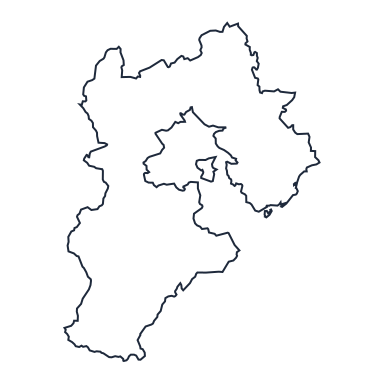 Hebei, Mercator projection
{"feature_id": "CHN-1811", "entity_name": "Hebei", "entity_type": "Province", "adm_level": 1, "iso_a3": "CHN", "parent_name": "China", "parent_adm1": "", "projection": "mercator", "projection_center": [116.359, 39.339], "detail": "fine", "context": "isolated", "style": "outline", "palette": "slate", "viewbox_px": 384, "rotation_deg": 0, "n_neighbors": 0, "source": "natural_earth", "source_scale": "10m", "svg_char_len": 5921}
<svg xmlns="http://www.w3.org/2000/svg" viewBox="0 0 384 384"><path d="M227.7,232.7L228.6,233.1L234.6,245.0L239.4,250.4L236.9,252.2L236.6,254.5L237.1,255.8L236.1,257.7L233.4,260.5L228.7,261.7L222.5,272.0L218.8,271.7L206.0,272.6L197.4,272.5L196.2,273.8L195.2,276.7L192.1,279.1L190.0,283.1L183.2,290.3L181.7,288.5L181.3,285.1L180.3,283.2L177.4,286.8L176.8,288.7L175.1,291.2L175.2,292.4L176.5,294.6L175.3,296.1L174.1,296.6L171.7,295.8L168.3,296.4L165.4,298.1L165.0,301.4L162.3,304.5L160.7,311.0L157.6,314.5L157.3,317.0L154.1,320.8L153.0,323.5L151.5,324.5L145.6,326.5L140.2,334.1L140.4,335.0L137.6,340.1L140.2,346.4L140.5,348.5L142.7,349.2L144.7,352.6L144.9,356.0L140.5,359.7L138.5,359.6L136.2,355.6L134.1,354.7L130.8,354.7L129.0,356.3L127.9,358.8L126.5,360.3L123.8,361.0L123.3,360.7L123.2,358.9L120.3,356.4L118.5,356.9L115.2,356.2L111.6,357.3L109.1,357.1L103.4,353.3L101.4,352.8L100.5,351.7L96.6,351.3L94.5,351.9L89.7,350.4L87.9,347.3L86.4,346.1L83.1,346.8L81.5,345.7L79.2,347.0L75.7,346.2L74.5,344.3L72.1,342.1L68.3,339.9L68.8,336.7L67.2,334.0L65.1,332.1L65.7,329.7L64.5,327.9L71.2,325.8L73.5,323.2L74.1,320.7L77.7,320.8L77.9,315.8L76.8,311.7L77.0,308.5L81.1,303.9L82.7,298.7L88.9,289.4L90.5,285.1L91.0,280.8L90.8,279.3L87.9,276.7L86.3,272.3L83.9,268.0L82.5,266.7L78.5,256.4L76.7,256.0L73.9,253.4L68.5,251.4L67.6,245.5L68.6,241.9L68.3,236.9L71.3,231.5L74.1,230.3L74.5,228.0L76.8,227.1L79.9,223.0L77.0,216.8L77.5,215.2L79.5,213.6L81.0,209.6L87.6,207.2L91.4,210.0L97.5,209.1L99.4,206.3L101.8,205.3L102.9,203.9L103.4,198.5L105.1,196.0L105.4,193.3L107.8,188.6L108.3,186.0L105.7,182.6L103.9,181.8L102.8,179.5L102.9,170.8L102.2,169.2L96.1,168.2L94.2,166.8L89.1,165.7L87.2,162.8L83.8,160.3L84.2,158.6L86.6,154.9L87.4,155.2L88.4,157.2L89.2,157.3L89.8,153.5L90.8,151.6L104.7,146.5L106.8,145.3L107.1,144.4L104.6,143.1L98.5,142.7L97.1,136.1L97.0,132.7L95.9,130.5L93.0,127.2L92.9,123.0L91.4,120.7L88.9,118.9L88.6,116.0L87.5,113.5L85.6,112.0L83.3,108.2L79.8,104.5L81.8,104.8L82.8,101.3L85.4,101.4L86.3,100.5L86.0,96.4L84.1,95.8L83.2,94.4L83.9,87.4L87.5,81.7L92.2,80.1L94.4,78.6L96.0,65.6L99.7,61.0L103.5,58.7L104.4,57.4L105.9,52.4L107.6,50.2L110.5,48.8L116.7,48.9L118.8,46.8L120.6,49.0L120.5,52.4L123.5,60.3L123.8,65.0L121.8,66.3L121.4,67.3L122.2,70.4L121.7,77.1L130.4,76.9L136.1,78.5L137.8,76.5L140.1,76.9L140.2,75.7L139.0,73.0L140.1,71.3L149.6,67.6L161.6,60.0L163.8,60.3L167.8,67.0L168.6,67.2L169.8,66.5L171.0,63.5L174.6,62.6L177.3,59.1L181.4,55.9L183.3,56.5L184.3,59.1L187.7,58.2L190.2,60.5L198.0,57.1L200.8,55.0L201.7,53.0L200.3,50.1L201.6,47.4L201.5,45.5L199.2,39.9L199.6,38.2L201.6,35.2L210.2,30.8L215.8,30.5L220.0,31.9L222.5,31.8L224.0,26.9L227.2,23.0L229.7,26.7L238.0,23.6L238.2,26.3L246.8,35.9L246.6,38.4L247.5,41.5L245.5,43.3L245.4,44.5L249.8,47.0L249.7,49.7L250.9,53.0L250.8,54.8L251.8,55.3L253.4,55.0L254.4,52.3L255.1,51.9L256.9,53.1L256.9,55.7L257.7,57.9L256.8,61.1L258.7,63.7L257.9,67.8L256.9,69.6L256.3,69.6L254.4,67.4L253.2,67.3L252.6,67.6L251.9,69.7L255.1,77.8L257.8,78.5L258.3,79.4L257.6,85.1L259.4,86.6L259.5,90.2L260.1,92.5L262.0,93.1L262.7,91.4L264.9,90.7L274.1,91.4L278.0,89.3L280.4,91.7L291.7,93.0L295.1,92.6L294.2,97.2L292.1,100.2L286.8,105.0L283.1,106.3L282.8,107.9L285.9,109.5L286.1,110.7L284.8,111.9L281.8,111.8L279.7,117.0L279.6,118.4L288.1,127.8L290.4,127.1L292.2,125.2L293.2,125.2L293.2,129.5L295.2,132.6L297.3,134.1L308.1,133.6L309.5,136.9L308.7,142.4L311.0,147.5L310.9,150.9L315.2,151.1L315.1,157.1L318.4,160.2L319.5,162.5L316.4,164.4L311.9,165.3L306.9,167.5L306.3,169.1L306.7,171.4L304.2,171.4L300.3,174.8L299.1,176.5L297.0,182.7L295.4,182.8L293.9,184.1L294.0,185.1L295.3,184.0L294.8,185.8L296.1,183.7L296.8,183.8L295.8,188.0L296.4,188.2L297.8,191.1L296.8,193.6L295.8,194.6L293.0,195.1L286.3,203.6L282.1,206.9L281.4,206.6L283.3,205.2L284.4,203.4L280.9,204.5L280.6,202.4L279.3,204.3L277.5,205.6L270.5,205.1L269.3,205.7L266.8,205.7L266.5,206.2L266.9,206.9L258.8,211.7L255.2,210.6L251.5,204.5L249.7,203.0L246.3,202.1L246.2,195.8L244.9,194.3L241.6,192.7L241.0,191.5L242.4,185.9L242.1,184.9L240.9,184.0L238.9,184.3L236.2,183.4L235.3,185.5L234.5,185.9L233.1,184.5L231.0,183.6L231.4,181.0L231.1,179.4L229.2,178.1L228.5,175.8L227.3,174.7L226.9,170.7L226.1,168.4L226.7,164.9L226.1,162.2L227.2,161.7L231.3,163.8L236.8,163.6L237.5,162.5L235.6,160.4L236.1,158.8L232.0,157.5L230.9,155.4L228.2,152.9L224.0,150.0L219.3,147.9L217.6,146.3L215.8,143.5L215.7,138.5L213.4,135.9L214.0,133.9L215.8,132.1L219.2,130.8L222.5,130.6L223.5,128.6L225.5,127.8L225.4,127.3L218.2,127.3L213.0,125.6L209.0,126.7L204.5,124.3L192.9,112.2L191.9,107.1L190.6,107.4L189.9,109.9L186.1,112.0L184.4,114.6L182.9,114.6L180.8,113.2L180.3,113.4L180.5,114.7L184.6,120.5L185.0,121.8L180.4,121.9L178.2,123.2L175.3,121.9L171.5,127.5L167.9,130.4L166.1,130.7L161.9,129.8L155.5,132.8L155.5,133.7L162.2,143.7L163.6,144.9L164.1,147.7L162.1,149.9L160.2,153.4L149.5,156.8L147.6,158.0L145.6,161.1L143.5,162.5L143.6,163.7L146.5,165.9L146.6,169.6L149.1,172.1L147.6,173.1L145.2,172.9L144.1,173.7L143.9,174.7L145.3,181.0L148.6,182.6L152.8,182.7L153.9,185.1L156.6,187.2L158.5,185.5L163.9,183.8L166.7,184.7L174.1,183.6L176.3,187.4L179.0,189.7L182.7,190.7L184.1,190.4L184.8,189.4L184.7,188.5L183.3,187.4L183.4,186.5L187.7,184.5L188.8,182.6L190.8,181.9L197.9,182.4L197.9,188.5L200.3,195.3L199.2,202.2L199.9,203.9L202.2,205.3L202.5,206.7L201.8,208.1L194.0,213.7L193.5,218.6L195.1,223.4L197.1,225.4L200.2,226.7L202.0,229.0L207.5,228.3L208.2,229.1L209.0,232.5L214.6,233.8L216.3,235.7L227.7,232.7ZM215.6,157.0L212.0,164.1L212.4,166.7L213.3,168.0L216.6,169.5L213.4,171.7L214.2,174.1L212.8,181.1L211.0,181.6L201.2,178.0L201.2,176.6L203.0,173.5L203.3,172.1L202.4,169.9L201.3,170.5L197.5,167.7L196.0,164.2L196.8,160.8L199.3,159.9L205.6,160.0L208.7,158.4L215.6,157.0ZM271.0,209.5L271.7,211.0L269.5,214.8L266.3,217.4L265.0,216.7L265.4,216.2L264.6,214.8L264.9,211.1L266.8,210.9L268.1,213.2L270.9,210.8L270.3,209.9L271.0,209.5Z" fill="none" stroke="#1e293b" stroke-width="2"/></svg>